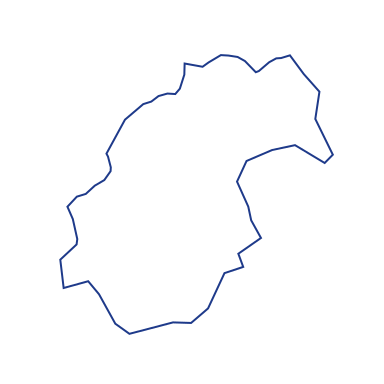 the border of Aizputes, rotated 258°
{"feature_id": "LVA-5714", "entity_name": "Aizputes", "entity_type": "Municipality", "adm_level": 1, "iso_a3": "LVA", "parent_name": "Latvia", "parent_adm1": "", "projection": "mercator", "projection_center": [21.624, 56.709], "detail": "fine", "context": "isolated", "style": "outline", "palette": "blue", "viewbox_px": 384, "rotation_deg": 258, "n_neighbors": 0, "source": "natural_earth", "source_scale": "10m", "svg_char_len": 844}
<svg xmlns="http://www.w3.org/2000/svg" viewBox="0 0 384 384"><g transform="rotate(258 192 192)"><path d="M124.8,46.5L153.2,49.1L164.7,68.2L169.8,70.0L190.3,69.8L203.5,67.1L211.4,78.4L212.2,87.7L218.4,98.2L221.9,108.7L229.3,116.7L233.0,117.7L244.1,117.2L247.3,116.3L276.7,141.5L288.1,162.6L288.9,171.0L292.8,179.2L293.4,188.4L291.3,196.0L295.6,201.6L308.4,208.9L319.2,211.5L312.3,228.4L315.3,235.2L319.9,248.7L317.9,256.0L314.6,264.7L309.1,271.0L295.9,279.3L296.4,282.5L302.9,294.5L305.2,302.2L304.5,307.0L305.3,316.2L284.0,325.9L263.6,337.5L237.8,327.8L199.2,337.5L192.8,327.8L216.4,302.5L216.4,279.1L211.0,251.8L192.8,238.2L166.0,244.0L152.0,244.0L132.7,249.9L122.0,224.5L108.1,226.5L105.9,206.9L74.8,183.5L64.1,163.9L68.4,146.3L66.3,101.3L79.1,89.6L111.3,79.8L126.3,71.9L124.8,46.5Z" fill="none" stroke="#1e3a8a" stroke-width="2"/></g></svg>